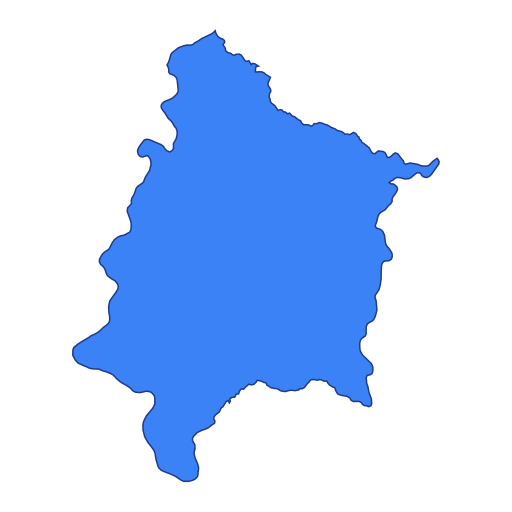 outline of Três Marias, Minas Gerais, Brazil
{"feature_id": "56859067B13863340921701", "entity_name": "Três Marias", "entity_type": "district", "adm_level": 2, "iso_a3": "BRA", "parent_name": "Brazil", "parent_adm1": "Minas Gerais", "projection": "mercator", "projection_center": [-45.061, -18.299], "detail": "fine", "context": "isolated", "style": "filled", "palette": "blue", "viewbox_px": 512, "rotation_deg": 0, "n_neighbors": 0, "source": "geoboundaries", "source_scale": "gbopen_adm2", "svg_char_len": 6040}
<svg xmlns="http://www.w3.org/2000/svg" viewBox="0 0 512 512"><path d="M167.0,65.0L168.1,67.1L168.8,69.4L168.8,72.1L169.7,73.7L173.8,75.3L175.9,77.1L177.1,79.6L178.1,89.1L178.1,91.6L177.2,93.4L175.5,95.4L172.4,98.1L170.1,99.3L164.4,101.6L162.5,103.1L161.2,105.3L161.2,107.3L162.1,109.3L165.3,113.6L167.8,117.7L169.1,119.2L170.8,120.6L172.5,122.9L174.7,126.7L176.0,128.1L177.0,130.7L177.2,133.7L176.8,136.3L176.1,138.9L173.4,143.6L173.5,146.1L173.3,149.0L171.8,150.8L169.7,152.0L166.6,150.6L164.8,148.6L163.5,146.5L161.1,144.6L154.1,141.7L151.6,140.5L148.7,139.5L146.6,139.3L144.3,140.0L139.9,145.6L138.3,148.4L137.6,150.4L137.6,152.2L138.4,154.6L140.4,156.6L142.6,157.0L147.4,155.5L149.5,157.8L150.4,159.8L150.9,162.3L151.0,164.7L149.6,170.4L145.3,177.3L144.3,179.7L143.7,181.7L142.4,183.1L137.8,186.3L136.2,188.3L134.0,194.6L131.8,198.3L131.3,200.5L131.4,203.6L129.8,205.7L127.6,207.8L127.2,211.3L130.3,219.9L131.1,222.7L131.2,224.6L131.1,229.0L129.9,232.0L125.4,234.5L123.0,235.5L121.3,235.6L117.7,237.2L114.6,239.5L112.3,242.6L110.0,247.3L108.8,249.3L104.9,251.8L103.0,253.6L101.8,255.0L99.5,259.2L99.4,262.0L100.7,264.5L102.8,266.2L104.2,268.0L105.2,270.1L106.5,273.9L107.4,275.6L111.2,278.6L115.0,280.8L117.3,283.6L118.1,285.4L118.2,287.5L117.8,289.2L115.3,293.2L110.0,300.5L109.2,303.5L108.7,306.2L108.7,309.4L108.9,312.5L109.4,315.0L109.7,317.7L109.7,320.3L109.1,322.1L107.8,324.0L105.6,325.9L103.2,327.5L101.6,329.3L98.0,332.3L94.6,334.2L91.2,335.7L89.0,337.3L80.6,342.3L77.4,344.5L73.8,347.5L72.9,349.9L72.8,355.3L75.5,360.4L78.1,363.1L84.2,365.9L86.2,366.6L88.6,367.8L90.4,368.4L92.5,368.8L98.8,369.1L103.3,371.0L105.7,371.6L110.6,373.5L112.9,374.8L114.8,376.6L116.5,378.6L119.8,381.4L121.7,382.8L125.8,385.0L129.7,387.6L131.1,388.7L132.4,390.4L134.0,391.5L135.7,392.2L140.1,392.6L146.4,391.2L148.9,391.5L151.1,392.2L152.8,393.9L154.2,395.6L154.8,397.7L154.9,403.8L153.7,406.5L152.4,408.7L146.5,415.8L144.5,419.5L143.4,422.1L142.9,424.9L143.1,430.2L144.7,436.6L147.7,442.1L151.1,446.4L153.8,450.1L155.1,453.4L156.0,459.4L158.0,466.1L159.0,468.1L161.1,470.1L163.2,471.2L169.5,473.6L175.3,476.2L180.3,479.6L182.1,480.6L183.9,481.3L188.8,481.3L192.6,480.3L194.7,479.3L196.3,477.9L197.6,476.2L198.0,474.4L198.0,472.3L198.4,470.2L198.6,467.6L197.4,463.4L195.2,458.2L194.1,454.0L194.2,451.6L195.0,449.0L194.9,444.9L192.5,440.5L192.5,438.3L193.5,436.4L197.1,432.6L201.8,430.3L206.2,428.8L208.4,427.7L211.8,425.0L214.5,423.3L215.0,421.1L213.7,419.2L214.0,416.9L215.5,414.9L219.4,411.9L221.1,408.0L223.0,406.7L226.1,401.6L228.0,400.5L229.4,402.9L230.3,401.1L229.8,399.0L231.8,397.4L234.7,397.2L236.2,394.2L238.6,393.9L239.3,391.6L240.2,390.1L241.5,388.8L243.6,389.2L245.5,387.1L249.0,384.1L251.0,384.9L253.8,384.4L256.1,382.2L257.3,380.2L261.4,381.2L263.8,382.4L265.9,382.8L267.1,385.3L268.8,386.2L271.2,387.9L272.9,387.9L274.7,388.6L277.2,388.6L280.6,390.8L285.0,391.6L289.2,390.5L292.1,390.2L294.6,390.7L296.9,390.3L298.7,390.0L299.8,388.6L301.9,388.8L304.4,387.6L307.3,383.6L308.9,382.3L310.5,380.0L313.2,379.5L317.8,380.2L319.7,379.5L321.6,380.0L324.1,381.2L326.8,381.1L328.0,383.3L329.5,385.0L332.9,387.1L334.7,387.6L335.7,390.4L336.7,392.5L338.1,394.3L343.0,395.7L346.1,396.1L348.2,396.9L350.0,398.2L351.1,400.3L353.4,401.5L358.9,401.4L361.0,402.3L362.6,404.5L364.5,405.6L366.8,405.8L368.9,406.7L371.0,405.6L371.7,403.7L371.4,398.9L369.0,392.6L368.2,388.1L367.6,385.8L366.8,383.9L366.2,377.7L367.1,375.5L369.9,374.8L371.8,373.8L372.6,372.2L372.9,370.0L372.8,367.1L372.1,365.0L371.1,363.3L362.9,355.4L361.3,353.0L360.2,350.7L359.8,347.9L359.7,343.8L360.0,341.8L360.7,339.7L361.8,338.3L365.2,336.1L366.1,334.1L366.2,326.9L367.2,324.1L369.4,322.4L371.7,321.3L373.7,319.7L375.3,316.2L376.9,310.2L376.4,303.7L376.1,300.8L375.1,297.9L375.1,295.5L378.9,289.7L380.2,285.2L381.1,279.1L381.1,273.9L381.5,265.7L382.0,263.9L383.4,261.6L385.9,260.9L388.8,260.8L391.3,259.2L392.2,257.0L392.2,254.9L391.8,252.9L389.8,249.6L388.6,248.0L386.9,246.2L385.8,244.1L385.3,241.9L384.5,235.2L382.8,231.5L380.7,229.5L376.5,228.0L375.2,226.2L375.7,224.3L376.5,222.4L378.0,216.3L379.1,214.0L380.9,212.2L384.3,210.3L385.7,209.2L388.1,206.0L391.0,203.4L392.1,201.4L392.1,199.0L392.9,196.9L395.4,193.6L396.7,191.4L397.5,189.4L397.0,187.0L395.0,185.1L393.1,183.9L391.1,183.9L389.1,182.7L391.0,181.1L393.1,180.1L394.5,178.7L396.8,177.5L400.6,177.7L404.8,179.0L409.1,178.6L411.1,177.5L415.2,174.1L416.9,172.9L419.1,172.7L420.6,173.5L421.6,175.2L423.0,176.6L425.2,177.3L427.2,177.4L429.1,176.5L431.2,174.7L432.5,172.9L438.6,164.3L439.2,161.9L438.4,160.0L437.1,158.3L432.9,161.3L428.9,165.4L426.4,166.2L422.9,166.0L420.9,165.6L417.2,164.2L410.0,163.0L405.4,164.3L404.0,163.0L403.3,160.8L400.8,157.8L397.8,153.8L395.3,152.9L393.1,154.3L391.2,156.2L389.1,157.5L387.2,157.2L386.3,155.0L384.9,152.6L383.0,151.5L378.3,150.9L374.8,153.8L372.2,153.0L370.6,150.6L369.2,147.8L364.0,143.6L361.9,142.4L361.0,140.3L359.5,139.3L359.0,137.1L357.4,136.0L355.9,133.6L353.5,132.4L349.9,134.6L347.0,134.0L344.9,134.3L343.4,132.7L341.3,131.5L336.9,130.3L335.1,128.9L331.1,127.3L327.4,125.0L324.9,124.4L322.4,123.3L319.3,122.5L316.8,123.7L314.2,123.6L312.9,125.2L311.1,126.3L308.7,124.9L303.5,124.7L301.5,122.8L300.5,120.6L298.4,119.8L294.7,116.8L292.4,116.1L289.6,113.1L287.6,113.8L285.7,112.2L283.4,111.7L281.9,110.0L280.2,109.6L278.1,110.5L275.0,105.8L271.5,103.2L270.3,101.2L270.1,99.2L269.1,97.3L269.6,93.3L270.7,91.7L270.7,89.7L269.9,88.1L268.8,86.5L267.9,84.4L268.2,82.6L270.5,77.3L265.8,74.5L264.3,73.0L262.0,71.9L259.3,71.7L257.3,72.0L255.2,71.8L255.9,66.7L258.4,66.1L254.7,63.7L252.4,63.4L251.3,64.7L248.8,60.7L246.9,61.4L245.2,60.9L242.7,57.1L241.1,55.0L239.1,54.1L236.0,54.3L233.9,55.4L232.4,54.7L230.7,53.3L228.2,52.8L225.6,50.7L225.3,48.2L224.0,46.3L223.0,44.5L224.6,42.6L224.5,40.6L222.8,39.1L220.2,38.2L217.9,36.5L215.8,33.2L215.2,30.7L213.2,32.7L211.4,34.0L201.8,38.5L198.8,40.6L194.6,42.9L193.2,44.3L191.3,45.1L186.8,45.1L184.0,45.7L179.6,47.3L178.1,48.0L172.1,52.7L170.8,54.7L169.3,60.1L168.3,62.7L167.0,65.0Z" fill="#3b82f6" stroke="#1e3a8a" stroke-width="1.5"/></svg>